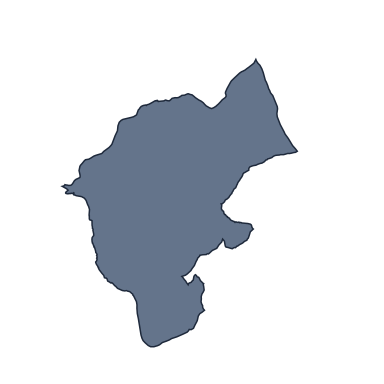 Nyang'hwale, Mwanza, United Republic of Tanzania, rotated 227°
{"feature_id": "72390352B96686223722654", "entity_name": "Nyang'hwale", "entity_type": "district", "adm_level": 2, "iso_a3": "TZA", "parent_name": "United Republic of Tanzania", "parent_adm1": "Mwanza", "projection": "albers", "projection_center": [32.613, -3.178], "detail": "fine", "context": "isolated", "style": "filled", "palette": "slate", "viewbox_px": 384, "rotation_deg": 227, "n_neighbors": 0, "source": "geoboundaries", "source_scale": "gbopen_adm2", "svg_char_len": 5963}
<svg xmlns="http://www.w3.org/2000/svg" viewBox="0 0 384 384"><g transform="rotate(227 192 192)"><path d="M123.1,211.6L123.9,211.5L125.4,211.8L126.3,212.4L127.5,212.9L128.6,212.8L130.8,211.4L135.4,207.3L136.3,207.0L136.7,206.5L137.0,206.4L137.3,206.2L137.3,205.7L138.1,205.6L138.7,204.6L139.0,204.4L139.7,203.9L140.0,203.9L140.3,203.7L140.4,202.7L141.1,202.6L141.7,202.7L142.1,202.4L144.6,201.3L145.5,201.2L146.6,201.3L147.1,201.5L147.7,201.4L148.3,201.1L148.9,201.1L149.3,200.7L150.0,201.1L150.6,200.8L151.7,200.8L152.3,201.0L153.0,200.9L153.3,200.5L154.9,200.9L155.4,201.4L156.5,201.9L157.7,201.5L158.5,201.8L159.2,201.8L160.3,202.6L160.7,203.2L161.3,203.8L161.5,204.3L162.0,204.5L162.4,205.0L163.4,205.2L162.7,206.4L162.7,209.2L163.4,210.6L163.3,211.4L163.4,211.6L163.2,212.0L163.0,212.4L162.9,215.2L163.4,216.8L163.8,219.3L163.7,220.0L164.1,220.7L164.4,221.0L164.6,222.3L165.1,223.5L165.5,224.8L165.3,226.9L166.6,229.7L166.9,230.7L167.4,231.5L167.9,233.2L168.0,234.5L168.5,235.9L169.0,238.4L169.6,240.2L170.4,241.5L170.6,243.0L170.3,243.6L169.8,246.0L169.2,248.4L170.5,249.6L170.9,251.5L170.1,253.5L169.3,255.1L168.0,257.0L167.4,259.0L166.4,261.3L165.4,262.9L164.8,265.6L165.0,267.9L164.4,268.8L164.6,269.8L163.9,271.1L162.7,273.9L162.7,275.1L162.4,276.6L161.9,277.9L160.9,279.3L159.4,281.2L158.9,282.3L158.0,283.2L156.8,284.5L154.9,288.3L153.6,289.6L152.6,291.2L151.4,293.4L150.4,294.8L150.0,296.8L153.1,297.1L157.3,297.2L165.4,298.9L167.6,299.2L168.7,299.3L171.0,299.6L173.3,300.4L181.1,302.5L188.8,305.6L191.4,307.5L194.5,311.3L196.3,312.6L207.6,316.9L209.1,316.9L211.1,317.1L213.2,318.0L215.0,318.4L218.3,320.0L221.7,321.3L223.7,321.8L230.7,325.5L234.5,327.1L238.4,328.1L241.0,328.0L243.9,328.5L245.4,329.1L244.0,325.2L244.2,322.1L244.6,317.8L244.6,317.6L244.7,317.3L244.8,316.5L245.0,314.0L245.6,311.8L246.2,310.1L246.5,308.0L246.5,307.0L246.5,301.2L246.4,296.6L246.0,295.0L243.8,288.3L242.2,284.6L241.3,283.7L240.0,283.2L239.3,282.7L239.0,282.3L238.6,282.0L238.4,280.6L238.8,277.0L238.5,274.2L238.3,271.3L238.4,268.8L238.3,268.5L238.8,265.6L239.6,263.3L240.9,262.6L241.9,262.1L243.8,261.6L245.2,261.1L246.4,261.1L247.1,261.0L249.5,261.1L252.0,260.7L254.8,259.7L258.8,258.8L260.2,258.7L263.0,258.3L264.9,257.0L266.1,256.5L266.8,255.7L267.3,254.4L267.5,253.8L267.9,252.6L269.1,251.1L269.7,250.2L269.7,248.7L270.0,248.3L270.0,247.7L270.5,246.2L271.6,244.8L272.5,244.0L274.1,241.3L274.0,239.6L274.1,239.0L274.0,238.7L274.1,237.7L274.9,236.8L276.4,235.8L277.1,235.6L277.5,234.9L277.8,233.6L281.0,229.4L281.7,229.2L282.3,229.1L282.2,229.0L282.5,229.0L283.2,227.8L283.4,227.9L283.9,227.1L284.7,223.6L285.5,220.5L286.4,218.7L286.5,217.6L287.1,217.6L288.5,215.4L289.2,213.3L289.1,211.6L288.7,210.2L288.6,208.6L286.2,204.0L286.9,200.6L287.9,198.6L292.2,191.0L292.7,189.1L292.6,186.3L290.9,183.0L287.6,179.2L285.6,174.2L281.6,166.1L281.3,164.5L281.1,161.8L281.9,155.0L281.7,153.2L281.7,152.2L284.3,146.9L285.2,144.7L285.8,141.3L286.4,138.9L288.2,136.2L288.3,134.8L287.8,131.2L287.6,128.7L287.2,127.5L284.7,124.0L280.6,121.6L279.3,120.4L279.1,119.7L280.0,116.8L280.1,116.4L280.3,116.2L280.5,114.0L280.3,113.0L280.1,112.4L279.5,110.2L279.4,108.9L279.6,107.9L279.9,107.5L280.9,106.3L282.1,105.5L282.4,105.2L283.8,104.2L283.6,104.1L283.9,103.1L283.8,102.5L284.6,101.0L279.9,102.5L277.8,102.6L277.9,99.6L277.5,98.9L277.0,98.8L275.7,99.6L275.0,100.4L274.8,101.0L274.5,101.3L274.1,101.5L273.8,101.9L273.7,102.4L273.5,102.8L272.9,103.1L272.8,103.5L272.3,103.8L271.9,104.2L271.9,104.5L272.1,104.8L272.1,105.0L271.9,105.0L271.6,104.8L271.6,104.6L271.3,104.2L271.5,104.2L271.4,103.8L271.0,103.7L270.6,103.6L270.2,103.8L269.8,104.2L268.3,104.8L263.9,108.1L260.8,109.1L258.0,108.8L254.0,107.1L251.9,106.5L249.1,105.1L245.5,101.2L244.9,100.7L244.8,100.8L242.4,98.6L241.5,98.2L240.7,98.6L240.1,99.0L239.3,99.3L238.1,98.3L235.8,96.2L234.3,95.3L233.4,94.4L232.7,94.4L232.0,94.1L231.7,93.5L228.4,91.5L227.1,90.3L227.1,89.5L227.0,89.2L226.8,88.0L225.7,86.6L224.0,85.2L222.9,84.7L222.8,84.4L222.4,84.5L220.2,83.6L218.7,82.9L218.7,83.2L217.0,82.5L214.5,81.2L213.4,80.4L212.2,80.3L211.1,80.0L210.7,79.0L210.3,79.0L209.9,78.9L209.3,78.1L208.8,77.9L208.7,77.4L208.6,77.1L208.3,77.1L207.6,76.9L207.2,76.0L206.7,75.4L206.5,73.8L205.9,73.4L204.5,72.9L204.1,72.7L202.7,72.6L201.8,72.3L201.2,72.2L201.3,72.1L199.3,71.4L198.2,71.1L194.2,70.7L191.2,70.6L189.0,69.5L188.0,70.1L187.5,70.6L186.4,70.6L184.4,69.6L183.6,69.8L182.5,70.3L181.5,70.4L180.6,70.7L180.5,71.4L179.5,71.7L176.1,71.6L175.0,71.9L173.5,71.8L172.1,71.9L167.4,73.9L165.5,75.4L164.5,76.9L163.6,77.2L161.6,78.5L160.3,78.7L159.2,78.7L157.7,79.0L157.0,78.5L156.5,78.4L156.0,78.5L149.7,76.6L147.0,74.8L144.5,72.4L140.4,69.1L136.1,66.5L122.2,57.2L119.2,55.7L116.7,54.9L113.8,54.9L109.6,55.3L107.1,56.2L104.8,58.6L103.1,62.0L102.4,64.1L102.1,67.7L100.5,71.3L99.3,74.4L98.7,77.2L96.4,82.2L94.2,88.5L92.8,92.9L92.9,94.9L93.4,96.2L91.9,97.5L91.3,100.1L92.6,103.2L94.0,107.3L94.6,108.5L97.0,112.0L97.7,114.8L97.2,117.3L97.0,120.5L98.8,120.6L100.3,121.1L101.7,122.3L103.4,122.7L105.5,123.7L107.4,125.9L109.2,127.4L110.6,129.7L111.2,132.0L112.0,134.0L115.2,136.3L116.5,137.0L117.1,138.1L117.7,137.8L119.9,137.8L121.3,137.7L124.3,138.6L125.2,138.7L126.0,138.1L126.7,137.9L127.8,138.3L129.2,138.1L129.3,136.9L128.8,135.6L126.8,132.9L126.8,131.4L126.5,129.8L127.3,127.9L127.4,127.0L126.8,125.9L129.5,126.2L130.9,126.6L133.6,126.7L135.5,127.0L137.2,127.0L135.6,130.5L135.3,132.7L135.3,137.7L135.9,139.7L136.6,143.6L138.4,147.6L139.0,149.6L139.8,151.2L139.9,153.9L140.4,154.5L138.9,156.9L136.5,159.8L136.5,160.5L136.3,161.2L135.5,161.8L135.4,163.0L135.4,167.0L133.9,171.7L134.9,175.4L135.2,179.7L136.7,182.3L135.5,182.3L133.9,182.1L129.8,179.5L128.6,179.3L126.7,180.6L123.7,182.3L122.9,183.0L122.9,184.1L122.4,185.2L121.6,185.9L121.8,187.9L121.3,188.5L121.1,190.6L120.9,191.6L120.4,193.1L120.1,194.7L120.1,196.7L119.3,199.2L119.8,200.3L119.9,201.8L121.6,204.9L123.1,207.5L123.1,211.6Z" fill="#64748b" stroke="#1e293b" stroke-width="1.5"/></g></svg>